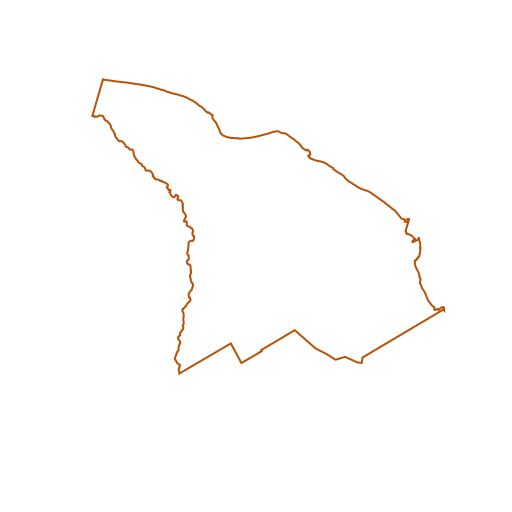 Coronel de Marina L. Rosales, Buenos Aires, Argentina, rotated 196°
{"feature_id": "61730980B45528536534389", "entity_name": "Coronel de Marina L. Rosales", "entity_type": "district", "adm_level": 2, "iso_a3": "ARG", "parent_name": "Argentina", "parent_adm1": "Buenos Aires", "projection": "equal_earth", "projection_center": [-61.809, -38.816], "detail": "fine", "context": "isolated", "style": "outline", "palette": "amber", "viewbox_px": 512, "rotation_deg": 196, "n_neighbors": 0, "source": "geoboundaries", "source_scale": "gbopen_adm2", "svg_char_len": 6121}
<svg xmlns="http://www.w3.org/2000/svg" viewBox="0 0 512 512"><g transform="rotate(196 256 256)"><path d="M60.1,255.4L61.1,258.1L62.1,258.5L62.3,258.0L63.9,257.4L64.1,256.9L65.7,255.0L65.7,254.5L66.3,254.9L67.0,255.0L69.0,253.4L69.3,253.4L70.4,254.7L70.2,255.4L70.4,255.8L73.5,257.1L78.6,261.0L79.2,261.7L79.8,262.9L81.0,263.8L81.3,264.5L82.5,266.1L84.0,267.9L87.0,270.4L88.1,271.6L88.5,272.6L90.6,274.5L90.7,275.1L91.0,275.6L90.9,276.0L91.2,276.4L91.3,278.6L92.1,279.9L92.4,280.8L93.4,281.2L94.0,283.3L95.3,285.1L98.0,287.8L100.1,290.4L100.9,291.8L101.3,293.2L101.9,294.1L102.2,295.0L102.1,295.4L101.4,295.5L101.2,296.3L100.6,296.7L100.6,297.9L100.1,298.0L99.8,298.6L99.6,299.2L99.7,299.9L99.0,300.2L99.4,305.5L100.2,309.2L100.6,309.1L101.3,312.5L101.8,313.8L103.5,316.1L104.6,318.9L104.8,316.3L108.0,313.6L108.7,312.6L109.7,312.8L109.7,313.2L109.3,314.2L108.4,315.4L107.7,315.5L107.8,316.3L108.7,316.5L111.6,318.3L112.7,318.7L113.3,318.6L114.9,319.1L115.3,319.1L115.7,318.7L116.9,319.2L117.2,318.9L118.1,319.7L118.1,320.3L119.1,321.1L119.1,321.6L118.8,321.7L119.1,322.9L119.0,329.2L118.9,331.0L119.2,333.7L120.2,333.5L119.4,330.5L122.5,330.0L122.5,330.9L122.2,331.8L122.3,332.2L123.1,331.9L126.7,332.2L134.3,337.5L148.4,343.3L162.6,348.3L167.0,349.4L169.0,349.2L174.9,349.8L178.9,350.8L180.2,351.4L181.6,351.6L184.5,352.6L187.2,353.2L191.6,355.3L193.1,356.7L195.5,357.8L202.1,359.5L205.7,360.9L206.2,361.8L210.4,362.8L213.7,364.1L217.4,364.8L225.2,364.3L230.8,364.8L231.5,365.2L231.5,365.5L232.5,365.8L233.0,366.5L233.4,366.6L233.4,367.2L232.4,367.5L232.0,368.4L231.9,369.1L233.1,370.9L234.1,371.3L234.9,372.3L236.2,372.3L236.3,371.8L236.8,371.6L236.9,371.3L240.0,372.2L242.9,373.8L243.5,374.7L247.0,376.6L248.9,377.2L252.5,379.0L255.0,379.6L259.6,381.4L261.4,381.8L265.4,381.4L267.2,381.5L269.0,382.0L270.2,381.8L272.8,380.4L274.0,380.0L276.8,377.8L287.2,371.6L293.5,368.3L303.5,364.4L305.2,364.1L305.4,364.3L311.9,362.7L313.5,362.5L314.6,362.7L315.1,362.3L316.9,362.3L321.1,362.8L323.5,364.0L325.4,366.1L325.7,366.8L327.0,368.4L328.8,370.3L330.9,372.9L334.4,375.3L335.9,376.7L336.6,378.6L336.4,379.3L336.8,379.6L337.5,379.5L340.6,380.8L341.1,380.6L341.5,380.9L341.9,380.5L343.7,381.1L349.4,384.4L351.2,384.6L353.9,385.6L355.7,386.6L358.9,387.7L363.4,388.4L364.3,388.8L365.6,388.8L367.4,389.4L368.2,389.3L370.9,389.7L372.3,389.4L374.5,389.6L382.6,389.3L383.0,389.5L383.9,389.3L385.0,389.5L385.5,389.3L388.3,389.5L389.4,389.9L393.4,389.7L396.0,390.0L396.9,389.7L399.6,390.1L401.4,389.9L402.4,390.0L415.7,388.8L419.1,388.1L420.1,388.2L421.1,387.9L428.9,387.0L433.2,386.1L438.2,385.4L439.8,385.0L443.5,384.7L444.0,384.4L445.9,384.4L448.0,383.9L450.8,383.6L451.1,383.3L451.8,383.5L451.9,345.6L450.9,346.0L449.5,345.1L449.1,345.8L446.9,346.1L445.4,348.0L444.5,347.9L443.4,348.3L441.9,348.4L440.9,347.7L439.3,345.5L437.8,344.8L436.6,344.8L434.3,343.5L432.6,342.3L431.5,341.1L430.5,339.3L428.5,337.3L427.6,336.8L425.7,334.6L425.2,334.4L424.8,333.1L424.3,332.3L423.0,331.1L421.1,329.9L419.8,328.8L418.8,328.6L417.9,329.1L416.4,329.3L414.3,328.2L412.7,327.0L411.4,325.5L410.8,325.1L409.5,325.3L407.8,324.4L407.1,323.6L405.7,323.8L404.9,324.2L403.5,323.7L403.0,323.3L400.8,318.6L399.0,317.2L398.7,316.6L397.5,315.7L395.8,314.8L395.4,314.1L394.5,313.6L393.6,313.2L391.5,312.9L391.1,312.5L390.1,311.1L388.4,310.9L387.6,310.4L385.4,307.8L384.9,307.8L383.1,308.6L382.4,308.4L381.5,308.6L379.8,307.9L377.7,306.2L377.4,305.7L377.5,305.1L377.2,304.9L377.2,304.1L375.9,303.7L375.3,302.8L374.1,302.7L373.8,302.1L373.0,302.0L370.8,302.6L368.9,301.8L368.5,301.9L368.1,302.3L367.1,301.7L363.4,301.4L360.6,300.5L360.0,299.6L360.3,298.5L360.6,298.1L360.6,297.3L360.0,297.2L359.6,296.6L359.1,296.6L358.9,296.0L358.3,295.8L357.9,295.4L356.8,295.8L356.4,295.8L356.8,293.7L356.2,293.7L355.8,293.4L355.5,292.1L355.2,291.6L352.3,289.7L351.2,289.8L350.2,291.2L350.1,292.2L349.8,292.8L347.3,292.1L347.1,291.8L347.4,290.9L347.1,289.6L347.3,289.1L346.4,288.4L345.8,288.6L344.9,288.5L343.5,288.8L342.6,288.2L341.5,287.0L341.2,286.5L340.5,286.0L340.4,284.9L340.7,284.5L340.5,283.9L340.2,283.6L340.2,283.1L339.7,282.9L339.5,282.3L339.3,280.4L337.9,278.3L335.9,277.1L334.5,275.3L334.1,274.6L334.9,271.1L334.9,269.6L334.5,269.2L332.6,270.1L332.0,269.8L331.8,269.4L331.6,268.4L331.2,267.7L331.2,266.7L330.6,265.9L328.9,265.7L327.7,265.9L327.1,265.7L326.2,264.8L325.5,264.9L324.9,264.6L324.0,263.6L323.3,262.3L323.5,260.4L323.2,259.6L322.5,258.5L321.8,258.6L321.2,257.7L320.6,257.4L320.4,255.4L320.6,253.5L321.0,253.1L321.5,253.2L322.6,252.6L323.2,252.5L324.5,250.3L324.5,249.6L324.1,248.8L322.9,243.2L323.1,241.8L322.8,239.5L322.4,238.7L321.0,238.1L321.0,237.5L320.5,236.8L319.8,234.5L319.8,233.8L321.1,232.3L321.0,231.7L320.1,230.0L319.6,229.6L319.2,229.7L318.9,229.3L318.3,229.2L317.5,229.4L316.8,229.1L316.2,228.3L315.2,225.4L314.9,225.1L314.6,224.5L314.7,223.7L313.8,222.8L314.1,221.8L313.7,220.9L314.0,219.3L314.0,218.3L313.7,217.7L313.0,217.1L312.9,216.4L312.2,215.6L312.0,214.6L311.3,213.6L310.5,213.0L310.0,212.2L308.8,211.7L308.4,209.9L308.5,208.2L308.4,206.0L308.8,205.5L309.8,202.9L310.3,201.0L309.3,198.1L308.9,197.6L308.1,197.9L307.8,197.6L307.3,196.2L306.8,195.9L306.9,195.1L307.4,193.6L308.3,192.7L309.2,190.6L309.5,188.3L310.3,187.7L310.9,185.7L311.6,185.2L311.5,184.7L312.0,184.4L311.9,183.9L311.6,183.4L311.5,182.7L310.0,181.2L309.3,179.1L308.9,178.6L308.9,177.4L308.4,175.0L306.9,171.4L306.8,170.5L307.3,168.9L306.1,167.2L306.1,166.3L305.9,165.9L306.3,165.6L306.4,164.2L306.9,163.8L306.9,162.6L307.1,162.2L307.6,161.9L307.7,161.5L307.7,160.1L307.0,158.9L307.7,157.7L308.1,157.5L308.5,156.4L308.5,155.7L306.6,153.8L305.3,152.9L305.3,152.3L304.7,151.1L305.3,149.9L305.0,149.2L305.3,148.3L305.3,147.2L304.8,145.1L304.4,144.3L305.3,142.6L305.3,141.6L305.6,140.6L305.4,139.6L305.8,135.5L305.2,134.1L304.3,133.7L302.9,131.9L301.8,131.1L300.1,130.7L298.8,130.0L299.3,128.2L299.3,127.8L298.8,127.1L299.1,125.7L297.3,121.9L256.1,165.0L240.5,149.1L224.3,166.1L225.1,166.9L198.3,195.4L173.4,183.6L160.8,181.1L150.9,178.2L142.6,183.6L128.9,181.6L124.9,182.4L125.6,187.8L61.3,256.0L60.1,255.4Z" fill="none" stroke="#b45309" stroke-width="2"/></g></svg>